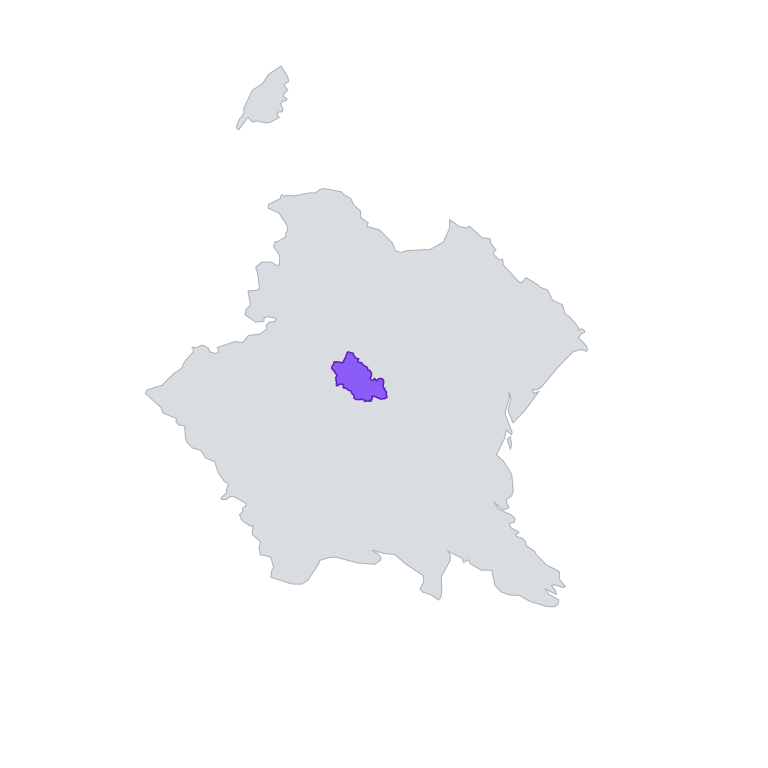 Allier on a map of France (Natural Earth projection), rotated 210°
{"feature_id": "FRA-5264", "entity_name": "Allier", "entity_type": "Metropolitan department", "adm_level": 1, "iso_a3": "FRA", "parent_name": "France", "parent_adm1": "", "projection": "natural_earth1", "projection_center": [3.256, 46.375], "detail": "fine", "context": "in_parent", "style": "filled", "palette": "violet", "viewbox_px": 768, "rotation_deg": 210, "n_neighbors": 0, "source": "natural_earth", "source_scale": "10m", "svg_char_len": 7279}
<svg xmlns="http://www.w3.org/2000/svg" viewBox="0 0 768 768"><g transform="rotate(210 384 384)"><path d="M568.6,319.8L564.2,321.9L561.6,326.1L558.9,327.2L553.8,327.2L551.3,324.6L545.3,326.2L542.9,328.9L546.6,332.2L534.7,345.9L527.1,349.5L525.6,358.4L516.6,365.0L513.3,372.1L513.1,373.5L515.4,375.7L514.4,380.3L509.9,383.3L510.0,386.3L511.3,386.7L518.2,384.3L520.9,381.6L519.4,377.9L526.4,373.4L539.1,374.5L540.6,380.5L539.1,385.6L548.3,396.7L540.5,401.8L540.1,405.2L548.4,416.3L553.5,421.0L550.9,428.4L542.4,433.3L536.9,432.9L534.5,434.1L534.8,436.4L538.7,443.2L548.1,447.6L549.5,452.7L547.0,454.5L542.8,462.3L544.7,466.1L544.0,467.8L545.0,470.4L547.5,473.0L560.5,479.6L572.2,478.3L573.8,482.1L566.7,492.3L567.2,496.8L563.6,496.9L563.0,498.5L555.8,501.9L544.3,512.1L538.9,515.2L536.8,520.4L533.6,523.3L516.9,529.2L513.7,527.9L505.5,528.0L500.4,524.3L490.6,521.9L487.4,516.5L478.2,515.5L477.7,511.8L464.9,515.2L446.9,510.2L440.6,504.9L435.3,506.3L430.7,511.1L411.3,523.6L403.6,536.5L405.1,551.7L409.5,559.1L397.7,558.0L390.7,560.2L388.8,563.4L372.1,559.6L365.8,562.7L364.1,562.5L362.0,559.3L353.8,555.8L355.0,553.3L353.9,551.0L346.2,549.2L343.5,551.4L340.6,547.0L319.0,540.1L315.5,540.2L314.0,547.1L300.1,546.9L298.1,545.7L289.1,547.1L279.7,540.7L269.0,541.9L262.6,535.4L256.3,534.9L247.4,531.6L243.4,529.8L242.9,527.9L240.2,530.8L236.9,530.2L236.2,529.3L238.4,525.6L238.9,521.4L227.8,518.3L224.9,515.2L224.9,513.6L230.9,512.2L236.4,506.3L241.9,485.0L246.1,460.0L248.9,455.2L252.4,453.9L249.6,450.5L246.2,455.0L248.6,432.1L252.9,414.9L262.1,421.9L264.2,425.0L266.8,435.2L272.0,439.5L268.6,435.4L265.5,421.7L263.4,417.9L248.9,406.4L248.4,403.8L254.9,405.2L252.4,396.7L251.2,378.9L242.3,377.1L228.1,369.5L218.5,355.8L217.5,350.8L220.2,345.4L218.0,342.0L213.9,339.6L217.2,335.0L220.1,334.5L230.4,337.2L222.1,332.8L208.4,334.3L203.0,332.7L202.1,329.5L205.9,325.4L201.4,322.8L193.6,323.4L192.7,322.4L195.0,319.4L193.1,318.3L186.7,319.4L183.1,318.5L179.8,315.1L169.5,314.4L167.3,312.5L153.2,308.6L138.4,309.2L134.4,302.5L125.5,299.3L127.4,297.2L136.5,295.2L138.3,293.3L131.8,290.6L129.6,287.8L141.7,287.2L136.3,284.3L124.6,284.5L123.2,280.5L124.8,276.4L131.7,272.7L148.8,268.7L161.2,268.6L170.0,263.9L178.7,262.6L186.8,264.9L197.6,276.5L206.6,271.4L219.7,271.6L222.4,274.4L226.0,269.2L228.9,272.2L245.0,271.2L241.3,269.2L238.4,264.2L238.1,246.1L230.2,233.0L228.3,228.2L228.9,224.1L238.4,224.9L246.4,223.1L250.2,224.3L250.9,232.7L254.2,237.6L276.2,239.1L289.0,241.8L299.7,237.0L309.8,234.9L310.6,233.7L304.8,234.2L299.6,232.1L298.9,229.9L301.7,223.3L317.1,216.0L339.6,209.8L345.4,205.7L352.1,198.3L350.6,196.4L351.8,176.2L355.1,169.6L363.7,164.8L385.3,160.0L388.0,166.4L387.8,170.0L393.6,175.6L396.4,177.4L405.9,174.3L410.4,179.6L411.8,185.6L423.2,188.0L426.6,195.8L428.7,194.1L435.8,194.5L439.2,195.1L443.8,198.5L442.5,203.2L444.5,205.5L442.6,209.7L444.0,211.5L457.1,211.5L461.0,209.6L462.8,205.3L466.8,202.8L468.3,203.6L465.8,211.6L467.7,213.6L468.6,219.4L473.6,219.8L483.3,224.4L491.6,232.0L501.6,230.8L509.6,235.0L517.8,232.8L525.6,235.1L528.3,237.3L535.7,248.0L541.2,245.9L545.2,247.1L546.5,250.2L561.3,248.4L564.0,251.4L567.1,252.5L585.9,256.5L586.2,260.5L575.6,272.0L571.2,288.3L568.1,293.9L567.0,298.2L567.9,301.0L567.5,305.4L565.4,316.1L566.7,319.2L568.6,319.8ZM641.5,541.6L640.7,548.5L643.5,553.4L644.8,573.2L639.5,582.7L638.8,594.3L632.1,608.0L621.1,601.9L617.8,598.5L620.6,593.3L614.3,590.4L615.7,585.3L615.0,582.8L610.6,582.5L610.3,581.2L613.4,577.3L613.3,574.8L609.1,571.8L608.2,569.0L612.2,566.0L610.3,563.2L608.1,562.6L613.4,553.6L617.1,550.9L625.5,548.4L628.9,545.0L634.5,546.8L635.4,546.0L636.9,531.8L638.8,531.6L640.7,533.5L641.5,541.6ZM249.7,397.7L248.3,401.7L242.8,394.7L242.1,390.9L249.7,397.7Z" fill="#d9dde1" stroke="#a8b0b8" stroke-width="1"/><path d="M402.5,388.5L401.3,387.9L400.1,386.7L399.1,385.2L398.8,383.7L398.9,382.1L398.6,381.6L397.9,381.2L397.2,381.1L396.5,381.2L395.8,381.6L395.3,382.1L395.2,382.6L395.3,383.3L395.2,383.9L394.6,384.1L392.6,383.0L392.2,382.9L391.9,383.3L391.8,383.8L391.8,384.4L391.7,384.9L391.5,385.4L390.2,386.8L389.2,387.4L388.1,387.6L387.0,387.3L386.1,387.0L385.8,386.2L385.1,385.1L384.8,384.7L384.7,384.3L384.5,383.3L384.2,382.8L382.8,380.7L382.4,380.3L381.9,380.1L381.6,380.3L381.2,380.6L380.8,380.2L380.6,379.9L380.5,379.4L380.3,379.1L380.0,378.9L378.9,378.7L378.2,378.5L377.9,378.3L377.6,378.0L377.3,377.2L377.2,376.8L377.0,376.3L376.0,375.4L374.8,373.8L375.7,372.4L376.0,371.8L376.2,371.6L376.4,371.4L376.7,371.4L377.0,371.2L377.4,370.9L377.9,370.1L380.1,369.1L380.8,369.0L381.4,369.0L381.8,369.0L382.1,369.0L383.1,368.8L384.8,368.7L387.9,367.9L388.0,367.7L388.1,367.3L388.0,367.1L388.0,366.9L387.8,366.7L387.6,366.4L387.1,365.8L386.9,365.5L386.8,365.2L386.8,364.9L387.1,364.4L387.2,364.2L386.7,363.5L386.5,363.2L386.7,362.8L386.9,362.7L387.8,362.8L388.1,362.7L388.3,362.4L388.2,361.8L388.2,361.6L388.4,361.4L389.3,361.4L390.0,361.0L391.0,360.1L391.6,359.5L391.8,359.3L392.1,359.4L392.3,359.6L392.4,359.9L393.7,360.3L394.0,360.2L394.5,359.7L394.9,359.5L395.3,359.6L395.7,359.7L396.0,359.7L396.4,359.4L396.6,359.1L396.9,358.6L397.1,358.4L399.4,357.1L401.0,356.6L402.0,356.8L403.0,356.7L403.0,357.2L403.0,357.4L403.0,357.6L403.1,357.8L403.3,358.0L403.8,358.6L404.5,359.1L405.2,359.4L405.5,359.6L405.8,359.7L406.2,359.6L406.6,359.6L407.3,359.8L407.7,360.1L408.6,361.1L408.9,361.4L409.3,361.5L409.7,361.5L411.2,360.9L411.7,360.8L412.3,360.8L413.3,361.0L413.8,361.2L414.6,361.6L414.9,361.6L415.3,361.6L415.7,361.3L416.1,360.7L416.3,360.5L416.7,360.4L417.6,360.7L417.8,360.9L418.1,361.5L418.3,361.8L418.5,362.1L418.5,362.4L418.5,362.7L418.5,362.9L418.6,363.2L419.0,363.2L419.4,363.2L419.9,363.0L421.4,362.2L421.9,362.0L422.2,361.8L422.4,361.3L422.4,360.9L422.5,360.6L422.9,360.4L423.3,360.2L423.4,359.8L423.4,359.4L423.5,359.1L423.6,358.9L424.6,359.1L425.5,360.6L425.6,360.9L425.7,361.4L425.8,361.6L426.2,362.0L426.3,362.1L426.8,362.6L427.1,362.8L427.3,362.9L427.4,363.2L427.6,363.7L428.2,364.5L428.6,364.7L428.8,364.8L428.9,365.1L429.0,365.8L428.9,367.0L428.7,367.5L428.8,367.9L429.1,368.0L429.7,368.2L429.8,368.3L430.1,368.5L430.6,368.7L430.8,368.8L431.0,369.0L431.3,369.1L431.8,369.1L432.0,369.1L432.4,369.3L432.8,369.7L433.3,370.0L433.5,370.3L433.8,370.5L434.8,370.7L435.9,370.9L436.3,371.0L436.7,371.3L437.2,371.5L437.3,371.6L437.4,371.9L437.5,372.2L437.5,372.5L437.6,372.8L437.7,373.1L437.8,373.3L437.8,373.5L437.5,375.0L437.5,375.3L437.5,375.5L437.7,375.8L437.8,376.1L437.8,376.3L437.7,376.6L437.7,376.8L437.8,376.9L437.8,377.1L437.9,377.3L438.1,377.4L438.2,377.6L438.3,377.7L438.3,377.9L438.3,378.0L438.2,378.2L437.8,378.5L437.4,378.8L434.1,380.5L431.7,381.1L431.4,381.3L431.2,381.5L431.0,381.8L430.8,381.9L430.6,382.1L430.0,382.4L429.8,382.7L429.8,383.0L430.1,383.3L430.3,383.5L430.5,383.8L430.4,384.5L430.5,384.9L430.6,385.3L430.7,385.8L430.7,386.3L430.6,387.2L430.6,387.7L430.6,388.2L431.0,389.5L431.2,390.2L431.2,391.5L431.3,391.9L431.4,392.2L431.6,392.5L431.6,392.8L431.6,393.2L431.3,393.6L430.9,393.9L430.3,394.1L428.0,394.5L426.6,395.2L425.7,394.9L424.1,393.5L423.2,393.0L420.8,392.6L419.6,392.6L418.5,393.1L418.5,392.3L417.8,389.9L414.0,391.2L413.3,390.6L410.4,389.9L407.2,390.1L406.5,389.9L406.1,389.5L405.2,388.1L404.6,388.1L403.2,388.5L402.5,388.5Z" fill="#8b5cf6" stroke="#5b21b6" stroke-width="1.5"/></g></svg>